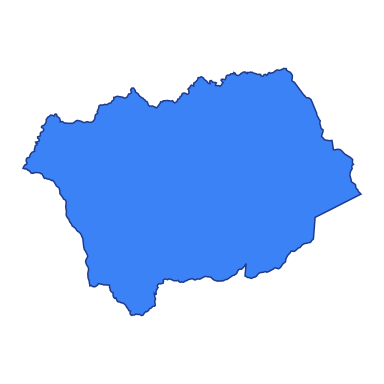 Figueirão, Mato Grosso do Sul, Brazil (Robinson projection)
{"feature_id": "56859067B26103695718582", "entity_name": "Figueirão", "entity_type": "district", "adm_level": 2, "iso_a3": "BRA", "parent_name": "Brazil", "parent_adm1": "Mato Grosso do Sul", "projection": "robinson", "projection_center": [-53.923, -18.769], "detail": "fine", "context": "isolated", "style": "filled", "palette": "blue", "viewbox_px": 384, "rotation_deg": 0, "n_neighbors": 0, "source": "geoboundaries", "source_scale": "gbopen_adm2", "svg_char_len": 5845}
<svg xmlns="http://www.w3.org/2000/svg" viewBox="0 0 384 384"><path d="M124.2,98.1L123.1,97.3L117.4,96.3L116.1,96.6L115.0,97.3L113.7,97.4L113.9,98.8L113.5,100.1L112.1,100.9L110.9,103.0L109.5,103.1L108.4,103.6L107.3,104.6L104.5,104.4L103.2,105.0L100.3,105.0L99.1,105.8L98.3,109.2L97.5,110.7L97.2,111.9L97.7,113.2L95.8,114.5L95.1,115.8L94.8,118.8L94.1,120.1L92.4,122.0L89.7,122.4L87.3,121.7L84.6,122.5L82.9,122.4L81.6,121.4L77.4,120.4L76.3,120.7L73.9,122.6L72.6,123.3L67.1,123.3L66.0,122.9L64.6,123.2L62.4,121.5L60.2,121.8L60.3,120.6L59.5,118.1L56.9,116.1L56.6,114.3L55.2,114.0L54.5,115.0L54.2,116.0L52.0,115.2L50.6,115.1L49.1,116.5L48.0,117.0L46.2,119.6L46.2,121.7L45.6,123.2L44.4,125.0L42.0,126.0L41.4,127.1L42.2,127.9L43.2,128.2L43.8,129.6L43.1,131.2L40.7,132.5L40.2,133.6L40.4,135.0L40.0,136.1L37.6,136.8L37.7,138.2L39.2,139.5L39.3,140.6L38.1,141.6L35.6,142.1L36.1,143.3L37.3,143.6L36.7,145.0L35.5,145.4L34.3,149.6L34.7,151.2L32.0,152.3L30.7,153.8L29.9,155.3L29.8,156.8L28.8,157.6L27.8,157.6L26.7,158.4L26.2,159.7L26.1,161.0L26.8,162.4L26.9,163.6L26.3,164.5L25.4,164.5L24.4,165.5L23.0,168.3L24.7,168.9L26.7,169.0L28.0,170.4L29.4,170.7L31.0,173.0L32.1,173.3L33.7,173.2L34.8,172.5L38.6,172.7L39.9,172.9L40.7,173.6L41.9,173.8L43.9,177.7L44.8,178.5L45.9,178.2L47.3,179.0L49.2,179.2L51.8,180.6L52.7,180.3L54.3,182.1L56.4,186.0L59.1,187.9L59.9,191.6L59.9,193.7L62.6,197.2L63.5,199.0L64.9,199.7L65.8,200.6L66.2,202.8L65.7,206.5L66.5,212.2L66.1,214.1L66.4,215.9L67.8,218.2L68.8,219.3L69.8,222.0L71.3,223.8L72.1,225.8L75.1,228.0L77.5,231.2L79.6,232.5L81.4,235.0L81.6,236.1L82.8,238.5L83.7,246.7L84.4,249.7L85.4,250.9L87.6,255.3L87.6,256.9L85.8,260.2L85.6,261.9L86.6,264.8L88.3,267.5L88.6,269.4L87.8,273.4L88.0,277.0L88.2,278.4L89.0,280.4L89.9,285.9L90.8,285.4L92.8,286.6L94.1,286.8L95.4,286.6L97.7,284.9L98.2,283.7L100.8,284.0L103.4,284.8L109.3,285.1L109.6,286.3L109.5,287.4L110.1,288.6L110.2,290.2L111.0,291.4L112.2,292.5L113.1,292.9L113.1,295.7L113.7,297.3L114.8,298.4L115.9,297.9L117.1,300.9L117.9,301.7L120.2,302.2L121.4,302.9L122.8,302.9L124.3,303.9L126.4,306.2L126.7,307.4L127.6,308.1L128.9,310.7L130.6,311.2L130.0,312.7L130.3,314.2L131.5,315.4L133.0,315.0L134.5,315.0L135.7,314.1L138.2,314.5L139.3,314.2L141.4,315.5L142.5,315.3L143.4,314.8L144.0,313.4L145.7,311.7L146.6,311.8L147.8,311.1L148.7,310.2L149.2,309.0L151.0,308.1L153.2,306.1L154.6,306.2L155.3,305.1L154.7,301.2L155.6,298.9L154.8,297.3L154.3,293.6L155.2,294.6L156.2,294.2L156.0,291.4L156.3,290.3L157.0,289.4L157.3,288.3L158.1,287.6L157.4,286.5L157.3,285.4L159.0,283.6L160.4,283.9L163.1,283.2L163.5,281.5L163.2,280.1L164.1,279.3L165.4,279.0L167.6,279.7L168.9,278.8L172.3,279.9L173.6,280.7L176.7,280.8L178.0,280.3L178.8,281.5L180.1,282.3L181.8,282.0L183.6,282.2L185.1,281.1L186.6,280.7L188.5,279.5L190.2,279.3L192.0,278.5L194.5,279.9L195.7,279.8L196.8,279.1L198.3,278.9L199.5,279.2L200.4,278.9L204.5,276.6L205.6,276.5L210.0,277.0L211.2,277.5L213.0,279.3L214.6,280.3L217.8,281.2L219.2,280.8L220.6,281.2L221.7,280.7L222.9,281.0L225.7,279.5L227.0,279.5L232.6,275.6L234.2,275.2L236.5,273.7L238.4,269.7L240.2,269.1L241.1,269.3L242.0,268.8L244.3,266.5L246.1,263.5L245.0,276.0L246.4,276.5L247.5,277.5L249.1,277.6L251.4,278.4L253.6,277.3L254.8,277.2L256.6,276.1L258.0,274.0L259.8,272.7L263.5,272.2L265.5,271.5L266.6,272.2L268.7,271.6L273.4,269.0L274.7,267.8L275.6,267.9L278.3,268.8L279.5,268.3L280.7,267.2L282.8,264.0L285.4,261.9L285.7,260.9L285.7,259.7L286.3,258.0L287.8,255.3L290.2,252.7L291.0,251.3L292.1,251.0L293.4,251.4L294.5,251.3L296.8,249.5L298.1,248.1L299.9,247.6L302.4,244.7L304.6,243.6L310.0,242.5L310.9,241.9L311.6,240.6L313.4,239.0L315.1,217.4L361.0,194.1L358.2,191.3L357.8,189.8L356.2,188.4L355.7,186.8L355.6,185.0L354.7,184.0L351.9,182.1L351.2,181.3L351.2,180.2L349.8,174.6L350.7,171.1L352.2,168.6L351.7,166.7L352.2,165.2L353.5,164.5L352.4,163.0L352.6,159.4L349.4,156.7L348.3,156.3L346.5,155.0L345.1,154.4L341.5,150.6L339.9,149.5L337.3,149.3L334.5,149.9L333.4,149.5L332.0,140.4L329.5,140.7L324.8,139.9L321.5,136.3L323.0,131.4L323.1,129.8L321.7,128.9L320.9,127.9L320.7,126.4L319.8,123.5L319.9,122.0L320.3,120.9L318.9,119.1L318.5,117.8L317.4,116.2L316.7,114.5L316.7,113.3L311.1,99.7L309.1,98.0L306.6,97.7L305.6,97.0L304.7,95.7L303.6,94.8L294.4,82.3L292.5,81.3L291.8,80.4L292.3,77.9L292.4,75.7L291.7,74.1L290.2,72.2L288.5,71.5L286.5,70.2L286.3,68.6L283.5,68.5L281.0,69.9L279.4,70.3L277.0,69.9L274.6,71.4L273.5,72.5L270.3,73.3L269.5,72.5L268.3,73.1L267.6,74.6L266.6,75.3L265.6,74.3L264.0,74.7L263.2,76.0L261.9,76.3L260.9,75.7L260.6,74.4L257.0,74.3L256.0,73.7L253.2,73.0L252.2,72.2L251.2,72.4L250.2,72.1L248.9,72.6L247.3,72.4L247.2,73.5L246.1,73.1L245.0,71.9L243.1,72.2L240.7,73.7L240.0,74.6L239.0,75.2L237.6,75.5L236.2,75.1L235.0,73.1L233.9,72.6L234.0,73.7L233.0,73.4L232.2,74.0L230.6,73.9L229.7,75.1L227.7,75.1L226.4,75.8L225.5,79.0L224.9,79.8L223.6,79.3L221.9,79.2L221.0,80.1L222.3,82.0L223.1,82.5L220.9,85.6L220.0,86.3L219.0,85.6L215.6,85.6L215.7,84.0L216.4,82.9L215.2,82.4L213.9,82.4L212.7,82.1L211.3,80.5L209.6,81.1L210.1,83.6L208.4,83.4L206.7,81.2L204.4,79.5L203.4,77.9L201.2,76.7L199.7,77.6L198.2,77.6L197.4,80.1L195.1,82.3L193.7,83.1L193.7,86.0L191.4,85.1L190.2,86.4L190.0,87.7L188.8,88.1L188.0,89.1L188.7,90.3L189.0,93.1L188.2,94.0L186.9,94.3L185.8,93.4L184.6,93.1L183.3,93.1L182.2,93.6L181.5,95.9L180.2,96.5L179.9,97.9L178.9,98.8L177.7,99.3L177.4,100.7L176.4,101.9L174.6,102.9L173.4,101.9L172.6,100.7L171.0,101.1L167.6,100.5L163.1,100.8L162.3,101.9L160.6,101.8L160.1,103.3L157.3,107.1L156.2,107.9L155.1,107.1L152.4,106.0L150.6,106.2L149.2,105.8L148.3,104.9L147.5,102.3L146.8,101.5L145.6,101.1L144.9,99.9L143.7,99.2L143.1,98.3L141.1,97.3L139.0,95.4L138.4,94.1L137.0,92.9L135.5,92.2L135.3,90.5L133.5,88.0L132.0,88.0L131.0,89.1L130.6,90.3L131.5,91.9L131.1,93.0L130.0,93.8L128.7,94.0L127.2,96.9L125.7,97.9L124.2,98.1Z" fill="#3b82f6" stroke="#1e3a8a" stroke-width="1.5"/></svg>